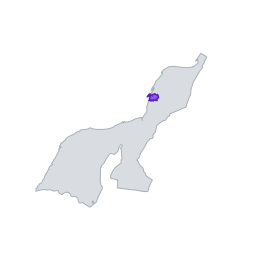 Inhassoro, Inhambane, Mozambique (highlighted), rotated 211°
{"feature_id": "85939544B58581363474884", "entity_name": "Inhassoro", "entity_type": "district", "adm_level": 2, "iso_a3": "MOZ", "parent_name": "Mozambique", "parent_adm1": "Inhambane", "projection": "equal_earth", "projection_center": [35.058, -21.718], "detail": "fine", "context": "in_parent", "style": "filled", "palette": "violet", "viewbox_px": 256, "rotation_deg": 211, "n_neighbors": 0, "source": "geoboundaries", "source_scale": "gbopen_adm2", "svg_char_len": 5212}
<svg xmlns="http://www.w3.org/2000/svg" viewBox="0 0 256 256"><g transform="rotate(211 128 128)"><path d="M89.1,175.5L90.3,174.2L98.9,162.4L99.4,161.9L98.7,159.9L99.8,157.6L99.9,154.0L100.3,153.5L101.6,152.3L103.4,148.6L104.5,145.7L104.6,144.3L103.0,140.4L102.5,138.3L103.0,136.5L103.1,134.8L102.9,134.2L101.9,133.5L101.7,132.8L101.7,131.9L101.9,131.4L103.2,130.6L103.4,130.1L104.4,125.5L104.1,122.1L104.0,118.1L104.3,114.1L104.1,111.7L103.3,109.1L103.3,107.2L103.8,105.8L103.9,105.0L102.0,104.6L101.0,103.5L97.4,101.7L94.5,101.5L92.2,98.8L90.3,98.4L88.0,96.4L80.5,96.0L80.3,95.8L79.9,89.9L79.6,88.0L78.7,85.9L78.4,84.4L78.5,83.5L82.6,81.3L90.7,78.3L92.4,77.2L106.2,71.2L106.6,71.5L107.9,74.6L110.3,78.2L110.8,77.7L114.1,77.1L114.6,76.7L115.6,76.3L116.8,76.1L117.2,76.3L118.4,78.5L118.8,82.6L118.8,85.3L118.7,87.3L117.7,89.6L117.0,92.4L116.0,94.0L116.0,94.7L117.2,96.4L117.4,97.1L117.4,98.6L117.6,99.2L118.6,100.1L119.4,101.5L122.4,105.6L123.1,106.4L123.7,106.5L124.0,107.3L123.9,108.3L123.4,108.8L123.6,109.6L124.1,110.2L125.5,110.1L125.7,109.8L125.6,106.2L125.1,104.1L124.5,103.1L125.7,99.2L126.3,98.1L128.6,97.7L129.6,97.3L130.0,96.8L130.4,95.6L130.6,92.1L130.7,88.8L130.5,86.9L130.8,84.0L131.3,82.2L131.1,81.9L130.9,79.4L125.3,69.7L122.1,65.4L121.6,64.9L119.8,64.5L118.9,63.0L118.1,54.2L117.0,47.9L118.8,43.7L119.4,41.0L119.8,40.6L121.4,40.4L126.9,40.5L128.3,40.8L128.9,40.5L130.4,38.9L131.5,38.9L133.2,39.9L134.0,40.9L134.2,41.6L135.2,42.1L137.2,42.2L138.7,41.8L139.6,40.9L140.6,40.4L141.6,40.3L142.3,40.6L142.8,41.3L143.8,41.8L145.3,42.1L146.9,41.7L148.6,40.5L149.6,39.2L150.1,37.2L150.4,36.9L152.8,36.7L154.1,37.1L155.8,38.4L158.7,36.0L160.5,35.3L162.2,35.3L163.6,34.7L164.7,33.6L165.9,32.9L168.3,32.0L169.9,30.9L174.4,26.4L174.9,27.7L175.8,28.9L174.6,30.2L175.6,31.0L174.9,32.3L174.8,33.1L175.1,34.0L174.6,35.4L173.9,36.5L173.8,37.4L174.3,38.8L174.0,41.5L174.9,45.9L174.6,47.3L174.8,50.8L174.4,52.0L175.0,52.4L175.3,53.8L175.0,56.2L174.0,57.2L173.9,58.2L175.2,58.2L175.1,61.2L175.0,62.1L175.3,63.1L174.9,64.2L175.3,69.1L175.3,72.6L175.4,73.1L176.4,73.7L176.4,74.7L175.7,75.9L175.7,77.8L176.5,76.3L176.9,76.3L177.3,76.9L177.3,79.0L177.6,80.0L177.5,81.0L176.2,82.7L176.1,84.4L175.6,84.6L175.4,85.0L175.7,86.0L175.7,86.8L174.8,89.5L170.6,95.8L170.5,96.9L169.4,98.9L168.2,99.3L167.6,99.8L168.0,101.6L162.4,106.0L161.8,106.6L160.9,108.3L159.1,109.1L157.1,109.2L156.7,109.6L152.2,111.6L151.3,112.6L149.3,113.5L146.3,115.7L143.8,117.8L141.0,121.0L140.6,122.7L139.2,124.9L137.2,127.5L136.1,129.7L136.0,130.6L135.3,130.9L134.7,130.0L134.4,131.8L133.9,131.9L133.4,131.5L130.9,133.4L129.0,135.5L126.4,139.6L122.5,143.6L121.6,143.7L120.4,142.3L119.8,142.2L120.7,143.7L120.7,147.0L120.2,150.9L120.3,151.7L122.8,155.8L124.1,160.6L124.2,163.1L125.5,166.2L126.0,171.0L125.9,175.4L126.5,176.1L126.7,175.5L126.8,172.7L127.2,172.0L127.5,172.1L127.8,173.6L128.0,175.2L127.5,178.6L127.6,180.0L128.3,182.3L127.5,185.0L126.4,192.5L126.6,193.0L127.2,193.2L127.4,192.4L127.8,192.4L127.9,192.9L127.5,195.8L127.0,197.1L125.3,200.2L124.4,201.6L122.9,202.9L119.4,205.0L112.5,208.0L108.1,210.3L104.6,213.1L103.1,215.0L102.4,217.1L101.3,219.3L102.3,221.2L103.6,222.5L104.2,220.3L104.6,220.3L104.0,229.5L99.2,229.6L97.8,229.3L97.0,229.4L96.9,225.5L96.3,222.6L96.6,220.6L96.5,219.5L95.5,218.7L95.2,216.5L95.8,214.8L95.6,200.6L93.9,193.7L91.5,188.7L91.4,186.2L90.3,180.6L89.1,175.5ZM120.0,47.3L120.6,46.9L120.7,46.2L120.3,45.8L120.0,45.9L119.8,47.1L120.0,47.3ZM119.6,46.0L119.2,45.4L118.8,45.6L118.7,46.0L119.0,46.6L119.4,46.6L119.6,46.0Z" fill="#d9dde1" stroke="#a8b0b8" stroke-width="1"/><path d="M117.3,166.6L118.2,167.8L117.8,168.8L117.7,169.0L117.4,169.6L118.1,170.5L118.8,171.2L119.7,171.7L119.7,171.0L122.6,171.1L123.0,170.8L123.1,170.6L123.9,169.7L123.9,169.4L124.0,169.4L124.2,169.2L124.3,169.0L124.4,168.9L124.5,168.9L124.6,168.7L124.6,168.4L124.5,168.2L124.4,168.1L125.6,168.1L125.6,167.9L125.5,167.7L125.6,167.4L125.6,167.2L125.5,166.9L125.5,166.7L125.5,166.4L125.5,166.2L125.4,166.0L125.4,165.9L125.4,165.7L125.3,165.4L125.0,165.1L124.8,164.8L124.8,164.6L124.7,164.5L124.5,164.0L124.4,163.7L124.2,163.2L124.1,162.8L124.0,162.5L123.9,162.5L123.7,162.7L123.8,162.7L123.7,162.8L123.7,163.0L123.6,163.3L123.5,163.2L123.4,163.2L123.1,163.1L122.9,163.0L122.8,163.3L122.8,163.5L122.7,163.8L122.4,163.9L122.2,164.0L121.9,164.1L121.7,164.0L121.4,164.0L121.4,163.9L121.3,164.0L121.2,164.0L120.8,164.2L120.7,164.2L120.6,164.3L120.4,164.4L120.2,164.4L120.2,164.5L120.3,164.5L120.5,164.7L120.6,164.8L120.8,164.9L120.8,165.1L119.6,165.5L119.1,165.9L118.9,165.9L118.9,166.0L118.8,165.9L118.7,165.9L118.4,165.9L118.2,165.9L117.3,166.6ZM127.2,164.4L127.2,164.5L127.3,164.5L127.3,164.8L127.3,165.0L127.2,165.1L127.2,165.3L127.3,165.5L127.2,165.7L127.2,165.8L127.2,166.0L127.0,166.3L126.9,166.3L127.0,166.4L127.0,166.5L127.1,166.8L127.0,167.0L126.9,167.1L126.9,167.3L127.0,167.3L127.0,167.5L127.1,167.8L127.1,168.0L127.2,167.9L127.2,167.7L127.2,167.4L127.3,167.3L127.3,167.2L127.4,166.9L127.4,166.7L127.5,166.6L127.5,166.4L127.5,166.2L127.5,165.9L127.5,165.7L127.5,165.4L127.6,165.2L127.5,164.9L127.5,164.7L127.4,164.6L127.2,164.5L127.2,164.4ZM126.1,165.9L126.1,166.0L126.1,165.9Z" fill="#8b5cf6" stroke="#5b21b6" stroke-width="1.5"/></g></svg>